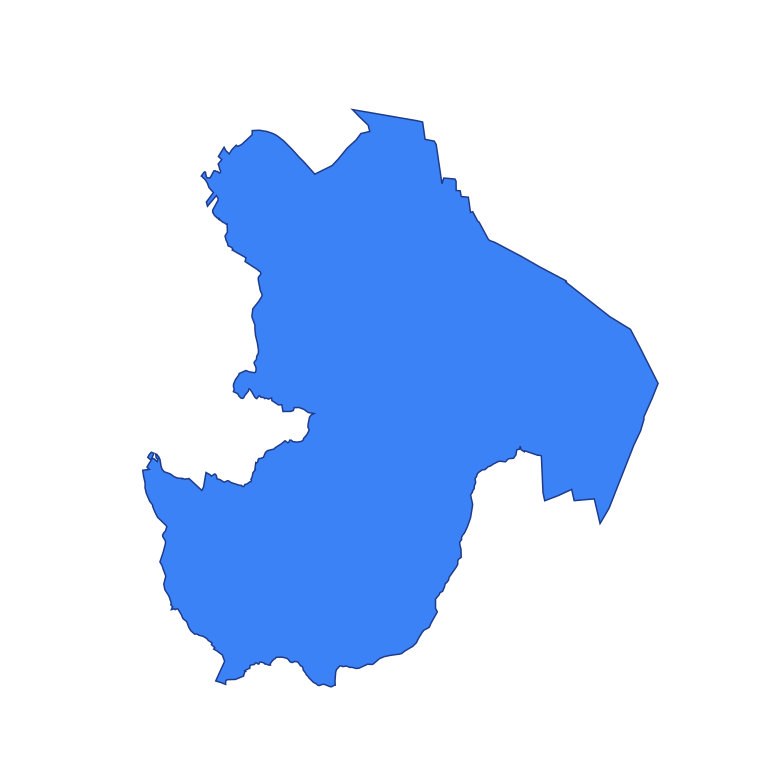 Emiliano Zapata, Hidalgo, Mexico (Natural Earth projection), rotated 345°
{"feature_id": "50627088B36596593410465", "entity_name": "Emiliano Zapata", "entity_type": "district", "adm_level": 2, "iso_a3": "MEX", "parent_name": "Mexico", "parent_adm1": "Hidalgo", "projection": "natural_earth1", "projection_center": [-98.616, 19.664], "detail": "fine", "context": "isolated", "style": "filled", "palette": "blue", "viewbox_px": 768, "rotation_deg": 345, "n_neighbors": 0, "source": "geoboundaries", "source_scale": "gbopen_adm2", "svg_char_len": 6171}
<svg xmlns="http://www.w3.org/2000/svg" viewBox="0 0 768 768"><g transform="rotate(345 384 384)"><path d="M522.3,271.6L517.7,252.1L516.7,251.1L514.3,240.6L512.0,240.6L513.8,225.4L507.1,222.9L507.6,217.1L503.8,215.7L506.1,206.8L505.6,204.4L495.0,200.5L491.8,205.7L496.4,166.2L495.4,162.4L487.0,158.3L489.1,140.9L484.1,138.3L424.6,110.8L429.6,119.8L435.9,130.3L435.6,131.2L435.6,136.4L426.5,136.1L420.3,141.0L409.4,146.7L398.0,154.9L390.4,159.6L371.5,163.4L363.6,147.8L361.1,143.6L355.9,133.5L350.1,123.3L345.9,117.7L343.9,115.4L341.2,113.1L336.3,109.8L329.2,106.6L322.3,105.1L321.2,109.1L308.3,115.9L304.1,116.6L303.1,115.1L302.3,115.5L297.3,118.6L294.1,121.7L291.7,117.8L290.8,113.9L282.9,121.4L285.4,125.3L280.8,128.5L281.0,132.7L280.8,133.6L281.4,135.9L280.3,137.6L279.4,137.6L278.4,135.7L277.0,135.3L276.3,134.4L274.8,134.1L269.6,139.7L267.6,139.5L266.4,139.0L266.2,138.2L266.1,135.6L266.4,133.6L266.0,132.7L264.8,133.0L261.4,135.8L261.9,136.1L262.4,137.6L263.8,139.6L264.7,141.8L265.4,144.5L265.8,149.0L268.8,154.9L259.5,162.3L259.5,166.6L270.9,158.6L271.8,161.8L271.4,163.4L263.6,171.6L263.0,173.7L263.4,174.3L263.2,175.1L263.9,176.5L263.8,177.5L265.1,178.7L265.2,179.8L266.8,180.8L266.5,181.0L266.8,181.8L267.3,181.4L267.7,181.7L267.6,183.0L268.3,183.4L270.3,186.2L271.9,187.3L272.9,188.8L273.9,188.8L272.0,196.8L268.7,200.0L268.7,204.4L269.3,207.2L269.1,210.1L272.2,212.6L272.9,214.9L272.1,215.3L283.3,226.3L281.5,229.8L291.7,241.1L292.0,242.0L293.3,243.1L293.7,245.2L293.1,246.3L290.3,248.3L289.5,250.8L288.7,261.4L289.4,266.5L287.9,268.5L284.2,271.9L276.8,277.4L274.1,283.8L273.8,285.8L274.6,293.5L273.5,297.6L272.5,303.6L272.3,311.8L271.5,318.8L270.6,321.7L268.2,324.3L267.1,327.3L264.7,328.9L263.9,330.0L264.6,335.2L263.9,337.8L262.8,339.3L261.7,339.5L257.0,337.4L254.1,335.2L246.8,336.4L246.1,337.7L241.6,341.4L238.6,345.2L237.9,347.5L238.0,350.3L236.5,352.4L240.2,355.5L240.7,357.8L241.9,360.3L243.5,361.3L244.8,361.1L246.3,359.3L251.1,355.8L252.2,353.8L253.1,354.3L254.2,357.1L255.7,363.0L256.6,364.6L257.3,365.2L260.4,363.0L261.0,363.4L261.4,364.7L264.4,366.1L265.0,367.2L266.8,367.3L268.5,368.7L271.8,368.4L271.4,371.0L276.7,376.9L279.9,377.6L279.3,384.4L286.4,386.3L289.5,386.2L291.2,383.6L295.8,384.7L300.2,387.9L303.4,391.9L308.8,394.4L305.7,395.0L303.4,396.8L300.3,403.2L299.3,406.2L299.8,407.8L299.7,409.2L296.4,413.0L292.3,415.7L291.7,417.0L289.4,418.1L284.9,417.6L281.1,416.1L280.0,414.4L278.4,413.8L277.5,415.2L275.9,415.9L273.7,413.2L269.4,415.2L262.3,417.4L261.2,418.3L254.2,418.2L251.7,419.5L248.6,423.6L245.5,424.0L243.9,423.6L242.9,424.4L242.2,426.0L241.5,426.7L240.5,427.3L239.8,426.7L237.1,433.3L237.5,433.3L237.1,434.0L234.6,435.5L232.4,439.9L230.8,441.7L231.0,442.5L230.4,443.8L229.2,443.8L225.7,445.1L223.4,445.1L222.5,446.6L221.1,446.6L219.8,444.8L218.7,444.7L211.8,440.3L210.5,439.4L209.1,437.6L207.8,436.9L204.2,437.5L200.6,433.7L198.3,432.5L198.3,428.9L197.8,427.5L196.9,427.1L193.4,428.3L192.3,426.4L189.2,423.4L183.1,436.7L180.5,439.7L171.8,425.8L171.5,425.8L171.3,424.9L166.5,424.2L165.4,423.3L164.7,423.4L164.8,423.0L160.2,421.4L157.3,419.2L154.3,415.5L149.0,411.9L147.6,409.0L147.4,405.3L148.1,399.0L147.6,396.2L146.3,393.2L145.4,392.5L144.8,396.2L146.1,397.8L144.9,400.2L142.4,396.6L140.6,395.5L143.9,391.4L141.6,389.7L139.2,391.2L136.8,393.7L138.1,395.7L139.8,396.9L133.7,402.7L133.6,403.1L135.2,405.7L128.6,404.9L127.9,410.6L127.6,418.0L126.3,422.4L126.2,425.3L126.1,427.8L127.3,436.5L129.3,441.3L128.8,442.2L129.5,447.8L130.8,454.1L136.9,464.4L137.3,465.6L134.8,469.5L132.8,470.7L131.0,472.7L130.8,474.2L132.3,479.2L131.4,481.9L127.2,489.3L121.5,497.9L122.7,502.4L122.7,504.6L123.5,513.1L119.5,520.3L119.1,526.1L121.1,532.3L121.5,534.7L121.8,540.5L120.9,542.0L122.3,544.5L121.7,544.7L120.2,546.9L123.1,546.8L123.8,547.9L125.9,547.5L126.8,548.2L128.5,554.2L129.1,558.6L131.9,562.4L132.5,568.7L133.5,572.2L136.2,576.5L138.9,577.3L140.1,578.7L144.0,580.9L146.8,583.8L147.9,586.2L150.9,589.6L149.8,591.0L152.3,595.0L150.9,596.0L153.4,598.4L157.7,603.9L158.3,610.6L144.6,627.3L149.3,630.2L153.3,633.2L154.2,629.9L155.8,629.0L164.1,630.9L172.7,629.8L174.7,626.5L175.2,625.9L175.8,625.9L175.1,625.0L179.9,623.8L180.7,624.0L181.7,621.4L182.9,621.0L186.3,621.4L187.3,620.3L188.5,620.2L189.9,621.9L190.5,622.1L192.5,620.3L195.5,622.2L196.3,622.9L196.5,623.7L197.7,624.1L199.9,625.7L201.6,626.1L201.7,624.8L204.0,622.9L206.7,621.2L207.9,621.1L208.7,620.3L209.9,620.2L215.0,621.5L219.3,623.9L220.4,625.6L221.2,627.8L222.6,629.0L223.6,629.3L225.5,628.9L227.8,629.6L229.0,630.6L230.4,634.6L231.6,635.4L232.2,636.9L232.0,639.5L233.3,642.6L233.7,644.7L235.1,647.1L235.3,648.2L238.7,654.0L241.0,656.1L242.2,657.9L243.2,658.5L247.2,658.2L249.0,658.9L253.6,662.4L255.1,662.9L257.4,662.2L258.9,662.3L259.9,657.9L262.8,649.7L264.1,647.7L268.3,644.9L269.1,645.0L271.0,646.3L274.7,646.7L278.0,649.1L279.4,649.2L283.5,651.6L286.5,652.0L295.7,650.4L299.5,651.7L301.1,651.7L308.6,648.1L313.7,647.4L320.4,647.8L328.9,648.9L331.4,648.9L334.7,647.4L344.0,644.8L348.3,642.3L351.6,638.5L356.1,634.2L358.7,632.2L363.4,631.1L364.7,630.7L365.5,629.8L367.6,627.1L376.2,618.3L376.5,617.6L375.7,614.1L378.1,605.1L383.0,601.6L383.8,600.2L387.1,599.3L389.6,596.1L391.5,592.7L393.2,592.0L395.6,590.1L396.9,587.5L406.0,579.9L408.4,577.5L409.7,573.5L410.8,572.5L413.7,571.4L415.6,563.5L415.7,558.6L416.3,556.2L418.7,554.4L419.1,552.3L420.8,550.4L423.4,548.5L427.6,543.5L433.0,535.6L438.2,524.0L438.5,522.8L438.9,513.9L440.0,512.5L441.4,511.5L441.7,510.5L444.0,508.4L444.9,505.8L447.0,503.0L447.5,498.8L449.2,497.6L450.9,495.0L452.4,493.9L456.7,492.4L459.4,492.8L463.1,490.9L465.8,490.7L468.9,489.6L474.1,488.5L476.0,488.6L481.3,490.6L483.9,488.8L485.7,488.5L489.9,489.3L493.2,486.5L494.0,484.4L495.5,481.8L497.9,482.1L499.5,479.3L499.4,482.9L502.0,485.8L502.7,485.0L514.0,492.6L515.6,493.0L517.4,494.2L509.5,529.9L509.0,538.4L523.5,536.9L538.0,534.4L537.5,545.9L557.4,549.4L556.6,574.7L569.2,562.3L609.6,507.6L619.7,495.7L626.0,485.4L626.3,483.3L639.1,467.5L648.9,454.4L640.7,415.0L636.2,395.0L619.6,377.5L586.0,332.7L586.7,332.6L586.6,331.5L564.6,311.1L550.1,296.7L527.5,275.7L524.1,273.4L522.3,271.6Z" fill="#3b82f6" stroke="#1e3a8a" stroke-width="1.5"/></g></svg>